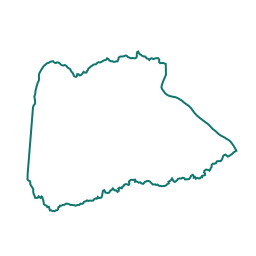 Arapoema, Tocantins, Brazil (Equal Earth projection), rotated 174°
{"feature_id": "56859067B18233430453998", "entity_name": "Arapoema", "entity_type": "district", "adm_level": 2, "iso_a3": "BRA", "parent_name": "Brazil", "parent_adm1": "Tocantins", "projection": "equal_earth", "projection_center": [-49.016, -7.729], "detail": "fine", "context": "isolated", "style": "outline", "palette": "teal", "viewbox_px": 256, "rotation_deg": 174, "n_neighbors": 0, "source": "geoboundaries", "source_scale": "gbopen_adm2", "svg_char_len": 4003}
<svg xmlns="http://www.w3.org/2000/svg" viewBox="0 0 256 256"><g transform="rotate(174 128 128)"><path d="M83.8,187.7L84.8,188.3L85.7,188.8L88.3,189.2L89.3,189.1L90.1,190.2L89.8,192.5L90.5,194.2L92.4,194.5L93.8,194.4L95.0,194.0L96.0,194.1L97.2,194.9L98.4,194.6L99.7,193.4L100.8,194.7L102.2,195.3L103.4,197.3L105.1,197.6L106.4,198.3L107.4,199.4L108.6,200.1L109.4,201.4L109.9,203.0L111.0,202.4L111.6,200.6L111.7,198.5L112.3,197.3L113.2,196.6L114.9,196.8L116.6,197.2L117.8,197.0L118.8,197.6L119.9,198.2L120.9,198.7L121.8,200.1L123.2,200.3L124.5,199.8L126.4,199.7L128.2,199.9L129.9,199.0L130.4,197.3L131.4,195.4L132.7,195.5L134.1,195.2L135.4,195.3L136.4,196.0L137.7,196.1L139.4,197.0L140.2,198.5L141.5,199.5L142.6,198.1L143.9,197.9L145.0,197.7L146.2,197.1L147.4,196.6L149.0,196.1L150.7,196.5L151.9,195.9L153.2,194.7L154.7,194.8L156.2,194.4L157.4,193.5L158.5,193.2L159.6,192.1L161.2,191.3L161.8,189.8L162.8,188.9L163.5,187.5L165.2,187.6L166.3,188.5L167.5,187.1L168.6,186.0L169.6,185.4L170.7,185.4L171.5,186.6L172.8,186.9L173.3,185.1L174.2,184.3L175.2,184.6L176.3,185.4L176.7,186.9L177.4,188.7L178.3,189.8L178.9,191.0L179.3,192.5L180.5,193.5L181.7,194.3L182.7,196.1L184.4,197.3L185.8,196.9L186.8,197.1L188.2,198.1L189.2,199.6L190.4,200.3L191.6,200.7L193.2,200.1L194.6,201.0L195.6,202.2L197.1,202.2L198.6,201.8L200.1,201.1L201.3,200.9L202.4,200.5L203.4,199.6L204.5,199.0L205.5,198.3L206.5,197.0L207.9,195.3L209.2,193.5L210.4,191.8L211.0,190.0L211.3,188.2L211.3,186.1L211.9,184.1L212.9,182.8L213.5,181.4L214.0,180.1L214.7,178.7L215.2,177.0L215.8,175.5L216.3,173.7L216.6,171.9L217.2,170.4L217.9,169.0L217.7,167.2L217.6,165.5L217.6,164.0L217.8,162.7L218.3,161.4L219.5,160.3L220.3,158.5L232.6,92.8L232.9,90.7L233.0,89.1L233.4,87.7L232.7,86.3L231.0,85.3L230.9,83.7L231.1,82.3L230.3,80.5L229.2,78.5L228.6,76.7L228.9,75.2L228.9,73.5L228.6,71.8L228.0,70.1L227.6,68.2L225.3,68.0L224.0,69.4L223.3,68.5L222.3,67.6L221.2,68.9L220.4,68.0L220.2,66.4L219.8,64.8L219.6,61.0L218.3,59.8L217.0,59.1L216.5,57.7L214.9,57.9L214.6,56.2L214.3,54.3L213.2,54.3L211.9,53.3L209.6,53.0L208.5,53.6L207.1,53.6L206.1,54.5L205.5,56.5L204.3,56.7L203.7,57.9L202.4,57.7L200.9,58.3L199.2,58.3L197.5,59.2L195.9,59.0L194.4,58.3L193.4,57.6L191.6,57.3L190.6,57.0L189.6,56.9L188.2,56.2L186.4,56.7L184.4,56.6L183.2,57.7L181.7,57.4L180.5,57.7L179.7,59.0L177.7,59.6L176.3,60.3L175.2,59.6L173.7,59.8L171.4,59.5L170.2,59.5L168.9,60.8L167.5,61.4L166.5,60.9L165.3,62.6L164.2,61.3L163.0,61.3L161.7,61.7L160.8,63.3L160.3,65.5L159.4,68.3L158.0,68.6L157.2,66.1L156.1,65.9L154.7,65.4L153.4,65.8L151.9,67.8L150.9,67.9L149.4,69.5L147.9,67.4L146.4,67.3L145.2,65.6L144.0,66.1L143.5,67.5L144.0,68.8L142.6,69.6L140.5,68.7L140.1,69.9L138.6,70.6L137.7,72.0L135.6,72.4L133.3,71.3L132.5,72.3L132.7,74.7L130.5,76.2L128.3,75.8L126.5,75.9L126.6,73.8L125.1,74.1L123.0,72.5L121.6,72.7L120.2,71.3L118.6,70.9L116.8,72.7L114.0,73.4L112.0,72.7L111.0,71.3L109.2,69.2L106.9,69.1L106.0,68.4L104.7,68.7L102.9,67.1L101.9,67.1L100.5,66.6L98.2,66.5L96.4,66.8L94.9,68.0L93.2,68.7L93.4,70.4L91.3,71.1L89.5,73.2L88.2,70.3L87.1,69.4L85.9,70.0L84.8,70.8L83.7,72.1L82.2,72.5L80.6,72.1L79.0,72.8L77.4,72.4L76.7,70.9L74.2,70.8L72.8,70.8L71.6,71.8L70.0,74.0L68.5,74.7L67.7,73.5L67.8,71.7L66.4,72.2L65.9,70.5L63.9,71.1L63.0,70.5L61.9,70.3L61.0,71.3L59.5,71.2L59.2,72.8L57.3,72.8L56.3,73.2L56.2,74.9L57.1,76.0L56.5,77.4L54.7,78.5L52.7,77.9L51.4,77.1L50.6,78.2L49.9,79.4L49.0,80.5L48.6,82.6L47.2,83.7L45.9,83.4L44.1,83.9L43.3,85.5L40.9,85.6L39.3,85.3L37.7,87.0L36.8,89.1L36.0,90.6L34.0,91.4L32.4,90.0L31.6,89.1L29.7,89.9L28.3,90.8L27.0,91.4L25.6,92.7L22.6,94.0L23.2,95.4L24.2,97.8L24.9,99.4L27.4,103.7L29.1,105.5L31.1,106.8L33.0,108.5L37.1,111.2L38.5,112.5L41.6,116.1L43.9,118.2L46.4,121.6L48.4,123.9L49.9,125.2L55.8,130.7L58.3,133.4L60.6,136.5L63.2,141.1L64.9,143.3L70.0,147.8L71.3,149.4L75.1,152.3L77.4,153.6L82.9,155.3L84.5,156.1L86.2,157.4L87.2,158.4L89.7,162.5L90.5,164.7L89.9,167.1L88.0,171.1L86.9,173.0L84.7,177.0L84.0,184.8L83.8,187.7Z" fill="none" stroke="#0f766e" stroke-width="2"/></g></svg>